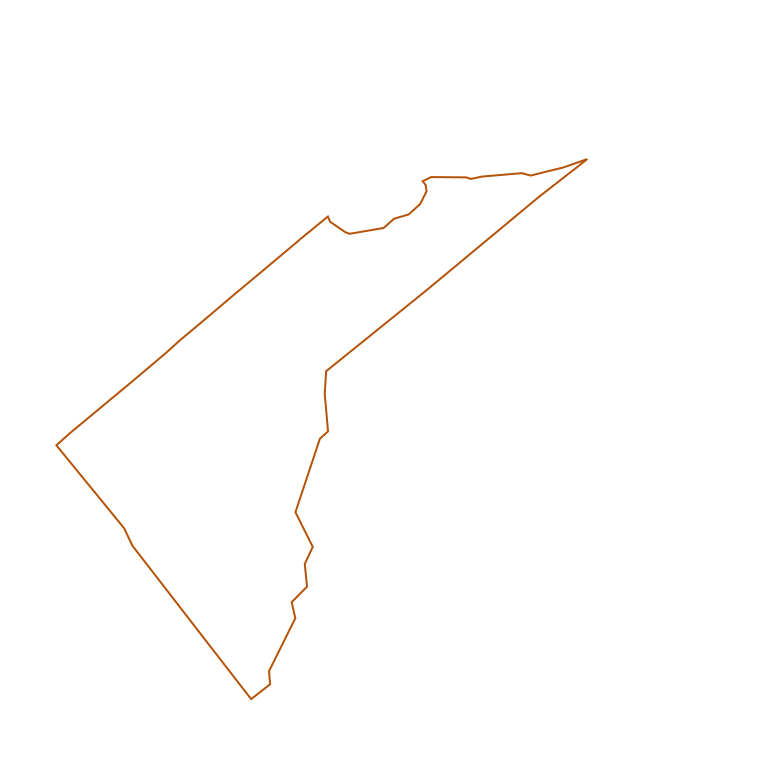 Lucas, Ohio, United States of America, rotated 322°
{"feature_id": "52423323B77631375313133", "entity_name": "Lucas", "entity_type": "district", "adm_level": 2, "iso_a3": "USA", "parent_name": "United States of America", "parent_adm1": "Ohio", "projection": "natural_earth1", "projection_center": [-83.542, 41.574], "detail": "fine", "context": "isolated", "style": "outline", "palette": "amber", "viewbox_px": 768, "rotation_deg": 322, "n_neighbors": 0, "source": "geoboundaries", "source_scale": "gbopen_adm2", "svg_char_len": 880}
<svg xmlns="http://www.w3.org/2000/svg" viewBox="0 0 768 768"><g transform="rotate(322 384 384)"><path d="M85.6,474.0L85.3,550.5L109.4,550.5L116.6,539.5L169.9,514.0L176.9,499.1L198.6,496.3L210.8,477.0L227.6,468.5L235.3,430.5L299.9,387.6L310.7,386.9L331.2,355.3L346.3,338.3L474.5,336.3L622.3,331.9L668.8,332.0L682.7,331.9L658.7,323.8L641.1,315.9L627.8,310.0L627.1,309.0L622.4,302.7L588.8,280.8L578.7,275.9L575.9,271.7L548.6,250.0L539.3,248.0L539.3,253.0L536.1,258.4L523.4,264.4L507.9,265.6L493.8,260.0L479.8,260.8L452.2,246.0L449.8,244.7L449.4,244.5L446.9,240.4L441.4,222.9L442.9,217.5L406.4,218.3L404.7,218.5L401.6,218.6L400.9,218.6L333.6,220.9L333.3,220.9L326.4,221.1L325.3,221.1L290.8,222.5L288.3,222.6L280.1,222.9L266.5,223.4L250.3,223.9L230.7,225.3L185.7,227.0L105.4,229.4L88.1,230.6L90.4,337.9L86.2,356.5L85.6,474.0Z" fill="none" stroke="#b45309" stroke-width="2"/></g></svg>